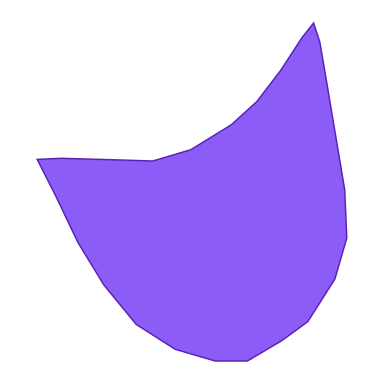 Nioki, Bandundu, Democratic Republic of the Congo
{"feature_id": "63176286B71096802464930", "entity_name": "Nioki", "entity_type": "district", "adm_level": 2, "iso_a3": "COD", "parent_name": "Democratic Republic of the Congo", "parent_adm1": "Bandundu", "projection": "equal_earth", "projection_center": [17.684, -2.697], "detail": "fine", "context": "isolated", "style": "filled", "palette": "violet", "viewbox_px": 384, "rotation_deg": 0, "n_neighbors": 0, "source": "geoboundaries", "source_scale": "gbopen_adm2", "svg_char_len": 434}
<svg xmlns="http://www.w3.org/2000/svg" viewBox="0 0 384 384"><path d="M313.6,23.0L302.1,37.5L280.6,70.5L256.9,101.5L231.4,124.7L190.8,149.7L152.8,161.0L110.8,159.7L61.0,158.3L37.2,159.4L56.3,197.1L77.9,242.4L103.8,284.9L136.2,324.4L175.1,349.3L215.0,361.0L247.4,361.0L282.0,340.5L307.9,321.5L334.9,279.0L346.8,238.0L344.7,189.8L334.9,131.2L326.3,80.0L319.8,42.0L313.6,23.0Z" fill="#8b5cf6" stroke="#5b21b6" stroke-width="1.5"/></svg>